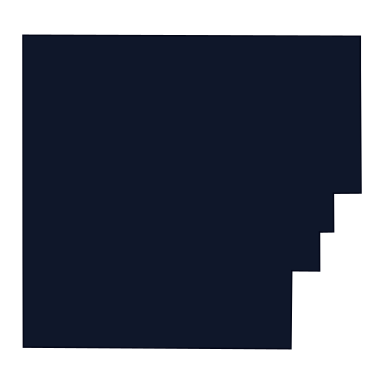 the district of Hancock, Ohio, United States of America
{"feature_id": "52423323B63270252094254", "entity_name": "Hancock", "entity_type": "district", "adm_level": 2, "iso_a3": "USA", "parent_name": "United States of America", "parent_adm1": "Ohio", "projection": "robinson", "projection_center": [-83.556, 40.993], "detail": "fine", "context": "isolated", "style": "filled", "palette": "ink", "viewbox_px": 384, "rotation_deg": 0, "n_neighbors": 0, "source": "geoboundaries", "source_scale": "gbopen_adm2", "svg_char_len": 281}
<svg xmlns="http://www.w3.org/2000/svg" viewBox="0 0 384 384"><path d="M360.3,36.3L23.0,35.3L23.2,257.0L23.4,347.1L290.9,348.7L291.7,270.7L319.6,270.9L319.5,232.0L333.6,231.8L333.4,193.2L361.0,193.0L360.3,69.0L360.3,36.3Z" fill="#0f172a" stroke="#020617" stroke-width="1.5"/></svg>